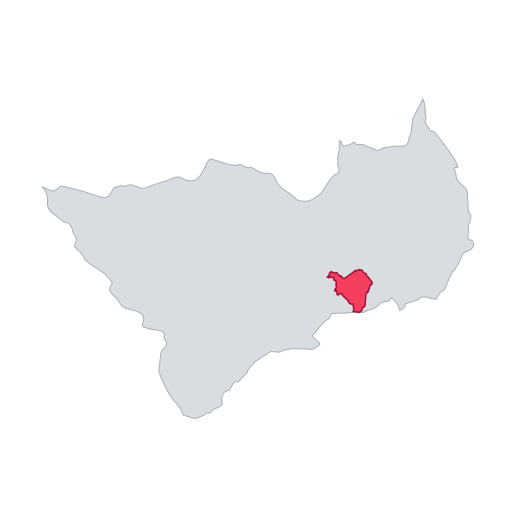 Batangafo, Ouham, Central African Republic (highlighted), rotated 183°
{"feature_id": "33826404B19230963390716", "entity_name": "Batangafo", "entity_type": "district", "adm_level": 2, "iso_a3": "CAF", "parent_name": "Central African Republic", "parent_adm1": "Ouham", "projection": "robinson", "projection_center": [18.084, 7.412], "detail": "fine", "context": "in_parent", "style": "filled", "palette": "rose", "viewbox_px": 512, "rotation_deg": 183, "n_neighbors": 0, "source": "geoboundaries", "source_scale": "gbopen_adm2", "svg_char_len": 6841}
<svg xmlns="http://www.w3.org/2000/svg" viewBox="0 0 512 512"><g transform="rotate(183 256 256)"><path d="M360.2,178.0L365.1,179.4L366.0,181.1L364.7,186.7L365.6,190.2L368.4,193.1L371.2,194.4L373.9,195.1L383.3,196.9L387.2,199.0L392.3,205.5L398.8,211.5L400.4,214.6L400.1,217.5L398.2,221.0L398.5,222.4L401.5,225.9L404.9,229.4L411.1,233.4L421.9,239.6L426.9,243.8L428.6,246.9L431.4,250.4L435.2,253.5L437.8,255.9L436.1,262.7L436.6,265.0L437.6,266.9L439.8,269.6L440.8,273.1L443.0,277.4L445.7,279.3L450.1,280.1L452.5,282.1L457.4,285.5L462.1,288.5L464.1,290.5L465.4,292.3L466.5,294.5L467.0,296.6L467.1,301.2L468.0,306.9L470.5,310.9L472.9,313.8L463.3,310.4L461.8,310.4L460.1,310.9L455.1,315.1L453.5,315.6L447.1,314.7L431.8,311.4L419.9,308.3L416.4,307.2L410.1,306.1L405.9,308.2L402.0,315.6L400.9,317.0L394.7,319.2L391.8,318.6L384.7,320.6L373.7,317.6L369.8,318.2L366.7,319.7L358.8,323.0L354.0,324.9L348.5,326.6L343.2,329.3L339.6,330.7L336.1,330.7L333.0,329.2L329.5,327.9L325.4,327.6L321.1,328.4L317.5,331.3L316.0,333.4L312.9,339.0L309.1,348.0L307.7,349.8L306.3,350.7L289.1,346.2L281.7,345.2L276.7,346.6L270.5,344.0L267.7,343.6L266.4,344.4L263.0,343.3L257.3,340.2L251.8,338.9L247.0,339.3L244.0,338.3L241.6,335.3L238.5,329.8L232.9,324.4L225.4,320.0L220.7,316.7L218.8,314.5L214.8,313.3L208.6,313.1L202.7,315.2L194.1,322.1L186.2,336.0L181.8,341.3L178.3,342.7L177.4,346.1L179.1,351.4L179.6,357.6L178.4,368.0L178.8,375.6L176.9,374.4L175.1,370.9L174.3,370.2L169.0,371.8L166.3,373.2L164.9,374.6L163.8,374.8L162.1,372.9L160.8,372.5L158.7,372.9L156.6,372.9L155.3,372.6L154.4,372.8L151.9,371.6L142.9,368.7L141.4,367.7L139.6,367.8L134.9,370.4L132.4,371.1L125.0,372.7L117.0,373.4L114.0,373.5L111.9,374.6L110.5,376.2L108.1,385.9L107.4,387.5L107.5,389.9L106.8,397.7L107.1,400.2L97.6,421.5L96.0,417.9L95.0,413.7L94.6,409.0L94.8,407.7L94.2,406.3L93.4,402.4L94.2,399.9L93.6,397.2L91.7,394.7L90.0,392.7L89.1,390.9L88.3,390.1L86.4,389.9L83.9,389.0L73.3,376.5L62.3,362.4L60.1,357.9L59.2,355.2L61.9,354.9L62.5,354.5L62.6,353.2L60.9,349.6L60.1,345.1L58.8,342.3L54.5,338.0L50.3,334.7L49.0,333.0L48.3,330.6L46.7,315.4L46.0,311.1L44.7,309.3L43.8,308.4L43.4,307.3L43.6,304.6L44.2,302.2L44.1,301.3L45.3,299.1L45.3,285.1L44.0,283.2L41.5,283.2L40.2,281.1L39.1,278.5L39.4,276.7L41.8,273.9L43.4,272.8L48.1,270.5L49.4,269.4L50.2,268.0L50.8,266.1L53.5,258.9L57.6,251.7L59.3,250.3L63.4,239.7L64.4,237.0L65.1,234.3L66.4,232.1L70.8,228.5L74.2,222.2L77.9,222.6L81.6,223.6L86.4,224.1L90.2,222.8L92.6,220.4L104.3,216.2L105.1,212.8L106.9,211.0L109.1,209.5L109.8,209.3L110.0,210.4L111.3,213.9L113.9,217.4L117.8,221.2L118.9,221.0L121.3,218.1L127.4,216.3L128.9,215.5L133.2,211.3L138.4,208.5L141.5,207.6L146.7,204.8L150.4,205.2L156.4,204.7L166.4,203.4L173.6,203.0L177.2,202.4L178.1,201.9L179.5,197.8L180.6,196.7L183.3,194.9L188.6,188.8L192.1,183.6L193.2,181.8L193.9,181.5L195.4,179.3L193.9,177.0L188.0,172.5L188.0,171.8L187.7,171.1L188.0,170.4L190.3,168.6L193.4,166.4L196.6,165.6L205.1,165.8L212.4,165.4L214.1,165.5L219.7,164.4L223.6,163.4L227.5,161.2L236.5,161.4L244.0,155.8L246.2,154.8L247.1,153.9L247.4,153.1L250.9,150.9L254.8,146.3L257.9,142.1L258.8,139.2L267.2,129.3L270.2,129.5L271.6,128.3L275.0,121.7L276.0,120.4L279.5,119.3L281.2,117.3L282.6,114.4L282.6,110.8L281.9,107.9L281.9,106.5L282.7,105.2L284.1,103.9L290.5,100.4L292.1,98.7L293.1,97.1L294.9,96.8L296.9,97.0L298.1,96.0L299.5,94.4L304.0,92.2L308.1,90.5L312.4,91.3L320.3,93.4L322.7,98.2L323.8,99.8L333.6,111.0L335.5,113.6L340.3,121.7L343.3,127.2L346.7,135.0L347.0,139.3L346.6,143.0L346.0,153.3L345.1,156.3L340.8,161.9L340.7,164.4L341.5,166.5L342.8,167.4L343.6,168.4L343.2,173.2L344.7,175.1L347.9,176.4L356.0,177.3L360.2,178.0Z" fill="#d9dde1" stroke="#a8b0b8" stroke-width="1"/><path d="M141.2,229.0L141.5,229.3L141.5,229.6L141.3,230.0L141.0,230.2L141.0,230.8L140.9,231.5L140.3,232.8L140.0,233.2L139.7,233.3L139.3,233.3L139.1,233.4L138.9,233.7L138.8,234.2L138.7,234.5L138.9,235.0L138.9,235.4L138.6,235.8L143.0,240.9L144.5,242.1L145.1,243.7L145.2,244.1L145.6,244.3L145.9,244.4L146.0,244.4L146.7,244.6L147.4,244.7L147.8,245.1L148.1,245.6L148.5,246.3L149.2,247.0L149.6,247.4L150.4,247.7L150.5,247.6L150.6,247.4L150.9,247.2L151.2,247.1L151.5,247.4L152.1,247.9L152.9,247.5L153.2,247.4L153.8,247.2L154.3,247.0L155.0,246.4L155.1,246.2L155.3,246.1L155.6,245.9L156.2,246.7L156.5,246.5L156.7,246.3L156.9,246.0L157.1,245.8L157.2,245.5L157.5,245.3L158.4,244.6L166.2,238.4L166.3,238.3L166.6,238.0L167.2,237.8L167.4,238.0L167.9,238.5L168.4,238.8L168.5,239.1L169.0,239.4L169.4,239.8L169.8,240.2L170.0,240.5L170.4,240.7L170.7,240.6L171.0,240.5L171.2,240.4L171.5,240.6L171.8,241.0L172.2,241.3L172.8,241.6L173.3,241.9L173.5,242.5L173.9,243.2L174.4,243.4L175.1,243.6L175.6,243.6L176.4,243.2L177.2,243.0L178.0,243.3L179.5,244.2L180.0,244.3L180.3,244.3L180.4,244.0L180.4,243.6L180.5,243.3L180.8,243.2L181.5,242.9L181.7,242.7L181.9,242.3L181.9,242.0L181.9,241.5L181.9,241.3L181.9,241.1L182.0,240.7L182.1,240.4L182.3,240.0L182.3,239.8L182.6,239.6L183.0,239.4L183.4,239.2L183.5,239.0L183.5,238.8L183.5,238.6L183.4,238.6L183.0,238.4L182.1,238.1L181.8,238.3L181.5,238.6L181.2,238.8L180.9,238.8L180.6,238.8L180.1,238.8L180.0,238.7L179.6,238.6L179.1,238.5L178.5,238.6L178.0,238.5L177.8,238.3L177.5,238.1L177.3,237.9L177.3,237.7L177.1,237.3L177.0,236.9L176.9,236.6L177.0,236.4L177.0,236.2L176.8,236.0L176.4,236.0L175.9,235.8L175.5,235.6L175.2,235.4L174.9,235.0L174.7,234.5L174.3,232.7L174.5,232.3L174.5,232.0L174.6,231.5L174.7,230.9L174.5,230.5L174.3,230.2L174.1,229.8L174.1,229.4L174.3,228.7L174.5,228.0L174.7,227.8L175.0,227.4L175.1,227.0L175.2,226.8L175.4,226.4L175.6,226.1L175.6,225.8L175.5,225.5L175.4,225.1L175.1,225.1L174.3,225.7L173.3,224.6L173.3,223.9L173.1,222.0L172.3,221.3L168.8,223.2L168.0,221.9L166.6,220.4L164.9,219.0L163.5,217.7L162.7,217.3L162.4,216.7L162.1,216.0L161.4,215.9L161.2,215.4L160.5,214.0L160.0,213.5L159.6,213.3L159.3,213.1L158.7,213.0L158.3,213.0L157.6,213.1L157.2,213.1L156.8,212.9L156.6,212.7L156.5,212.1L156.4,211.5L156.4,211.2L156.2,211.0L155.9,210.9L155.8,210.7L155.9,210.4L156.0,209.7L155.8,209.4L155.6,208.9L155.5,208.3L155.6,207.6L155.8,206.9L156.1,205.7L155.8,205.7L155.7,205.7L154.6,205.6L153.3,205.5L151.6,205.2L150.8,205.2L150.2,205.1L149.5,205.6L149.2,205.6L149.2,205.9L148.9,206.1L148.7,206.2L148.5,206.3L148.1,206.5L147.8,206.6L147.5,206.8L147.4,206.9L147.4,207.4L147.4,207.8L147.3,208.2L147.3,208.8L147.2,209.2L147.1,209.4L147.0,209.7L146.9,210.0L146.6,210.3L146.2,210.4L146.0,210.5L145.5,210.7L145.3,210.9L145.1,211.2L145.0,211.4L144.5,212.3L144.3,222.3L144.4,222.7L144.4,222.9L144.3,223.3L144.3,223.6L144.3,223.9L144.2,224.2L144.0,224.4L143.6,224.6L143.4,224.7L143.2,225.0L142.9,225.2L142.9,225.4L142.9,225.7L142.9,226.0L142.8,226.3L142.7,226.3L142.4,226.4L142.1,226.4L141.9,226.4L141.9,226.6L142.0,227.0L142.1,227.8L141.7,228.0L141.3,228.6L141.2,229.0Z" fill="#f43f5e" stroke="#9f1239" stroke-width="1.5"/></g></svg>